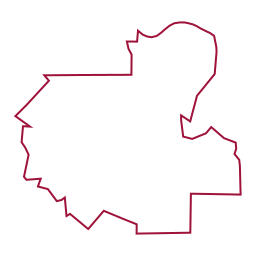 the district of Severiano de Almeida, Rio Grande do Sul, Brazil
{"feature_id": "56859067B97276934457423", "entity_name": "Severiano de Almeida", "entity_type": "district", "adm_level": 2, "iso_a3": "BRA", "parent_name": "Brazil", "parent_adm1": "Rio Grande do Sul", "projection": "albers", "projection_center": [-52.105, -27.41], "detail": "fine", "context": "isolated", "style": "outline", "palette": "rose", "viewbox_px": 256, "rotation_deg": 0, "n_neighbors": 0, "source": "geoboundaries", "source_scale": "gbopen_adm2", "svg_char_len": 915}
<svg xmlns="http://www.w3.org/2000/svg" viewBox="0 0 256 256"><path d="M138.0,30.7L137.1,41.6L126.9,41.5L128.5,48.8L131.6,54.6L131.4,74.8L81.9,75.0L44.3,75.3L48.9,80.7L26.9,104.6L15.4,116.1L30.0,126.6L23.0,126.2L21.6,142.2L25.3,147.7L28.6,154.7L24.0,176.8L26.5,179.8L40.7,178.7L37.9,186.5L47.9,189.1L56.8,201.1L61.5,200.0L64.8,197.5L66.5,216.0L70.0,213.9L88.2,229.0L103.8,210.8L121.7,218.3L136.7,224.3L136.6,233.6L190.3,232.7L190.9,193.7L231.3,194.4L240.6,194.6L239.9,165.9L239.2,159.8L234.5,154.0L236.2,148.7L235.7,142.6L224.1,138.2L211.2,127.1L206.0,133.3L192.2,138.9L183.2,136.6L181.1,120.1L181.1,115.4L190.2,121.4L197.0,95.8L214.7,74.0L216.5,52.5L216.4,47.4L214.1,35.8L210.0,33.0L205.9,31.1L200.7,28.5L196.6,26.1L192.9,24.4L188.7,23.3L185.0,22.5L179.9,22.4L174.1,23.3L169.4,25.8L164.2,30.0L160.8,33.0L156.6,36.0L151.4,37.2L147.1,36.5L142.8,34.7L138.0,30.7Z" fill="none" stroke="#9f1239" stroke-width="2"/></svg>